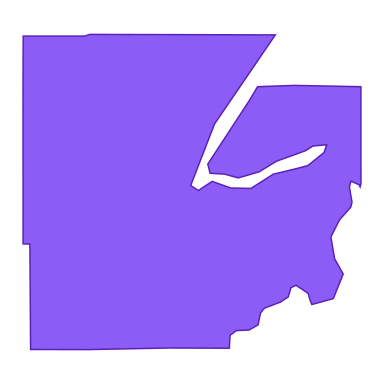 Mason, Washington, United States of America (Robinson projection)
{"feature_id": "52423323B30851290743950", "entity_name": "Mason", "entity_type": "district", "adm_level": 2, "iso_a3": "USA", "parent_name": "United States of America", "parent_adm1": "Washington", "projection": "robinson", "projection_center": [-123.026, 47.345], "detail": "fine", "context": "isolated", "style": "filled", "palette": "violet", "viewbox_px": 384, "rotation_deg": 0, "n_neighbors": 0, "source": "geoboundaries", "source_scale": "gbopen_adm2", "svg_char_len": 859}
<svg xmlns="http://www.w3.org/2000/svg" viewBox="0 0 384 384"><path d="M275.3,34.9L89.7,34.4L84.9,36.1L23.2,36.1L23.0,88.3L23.1,243.9L29.9,244.1L30.6,349.5L88.3,349.6L168.5,348.0L229.4,348.2L229.5,344.5L230.1,335.3L236.4,330.6L249.1,330.0L258.1,324.8L260.5,313.0L264.4,308.2L280.4,302.1L288.2,297.0L291.0,287.6L296.1,285.3L308.1,293.4L310.0,300.1L311.9,304.5L333.3,298.6L343.2,274.0L334.6,258.7L330.9,236.9L339.5,219.9L350.8,207.1L352.0,202.2L349.4,186.9L351.0,181.1L359.3,184.9L360.1,186.9L361.0,183.7L360.9,156.8L360.9,86.7L294.4,85.4L257.6,86.7L249.2,100.7L207.8,164.1L210.1,173.3L224.4,174.1L238.2,177.9L259.2,171.8L276.3,161.3L305.5,150.7L312.9,146.0L326.7,144.8L324.1,152.4L308.0,165.5L294.9,169.0L273.2,174.2L251.0,188.4L230.9,188.0L212.1,181.4L198.3,190.5L190.7,185.5L214.5,124.0L275.3,34.9Z" fill="#8b5cf6" stroke="#5b21b6" stroke-width="1.5"/></svg>